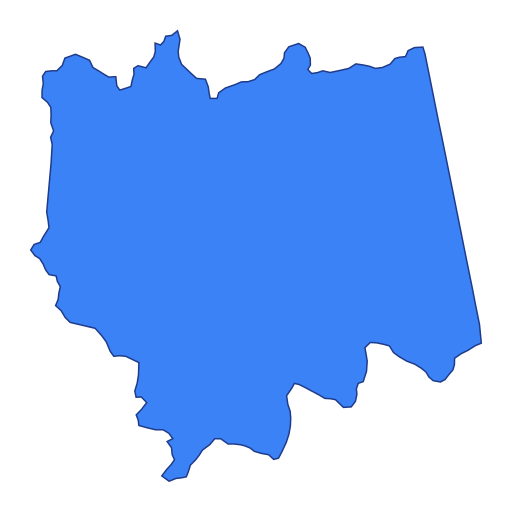 the district of Rio das Flores, Rio de Janeiro, Brazil
{"feature_id": "56859067B25860438297690", "entity_name": "Rio das Flores", "entity_type": "district", "adm_level": 2, "iso_a3": "BRA", "parent_name": "Brazil", "parent_adm1": "Rio de Janeiro", "projection": "robinson", "projection_center": [-43.554, -22.17], "detail": "fine", "context": "isolated", "style": "filled", "palette": "blue", "viewbox_px": 512, "rotation_deg": 0, "n_neighbors": 0, "source": "geoboundaries", "source_scale": "gbopen_adm2", "svg_char_len": 2725}
<svg xmlns="http://www.w3.org/2000/svg" viewBox="0 0 512 512"><path d="M165.7,36.2L163.9,41.4L160.5,45.0L155.1,43.1L155.3,51.6L153.8,56.9L150.3,61.7L146.0,67.8L138.0,65.7L133.7,68.4L134.0,74.4L132.4,79.6L130.9,86.5L124.6,88.6L119.8,90.1L116.8,85.8L115.8,76.7L108.8,77.1L103.9,74.2L98.5,70.8L92.9,67.5L89.6,60.3L81.8,56.9L75.5,54.3L64.9,58.1L62.3,65.4L56.8,70.8L51.7,70.8L45.7,71.5L42.5,76.2L43.3,83.8L42.1,90.0L42.0,97.6L47.5,102.3L50.8,107.4L51.1,114.7L50.8,122.8L53.6,130.9L50.6,137.3L52.2,144.4L51.1,162.8L46.7,212.0L48.1,220.5L49.0,227.7L44.0,235.6L40.2,242.4L34.1,244.5L30.7,250.0L34.9,255.6L39.7,258.6L43.1,264.0L45.7,270.0L49.1,274.6L56.1,275.9L57.4,281.5L60.3,286.6L58.8,293.5L58.2,299.3L55.6,305.6L61.1,310.6L65.2,317.5L70.1,322.4L95.1,328.3L101.3,335.2L106.3,341.9L110.2,351.3L113.8,356.3L119.5,355.7L125.8,356.3L132.7,359.6L138.9,362.6L138.5,374.7L137.2,383.1L134.8,391.0L136.1,397.2L141.4,397.0L146.7,402.6L141.6,409.3L136.2,414.9L138.2,420.0L138.9,425.5L146.5,427.6L155.8,429.8L163.1,429.8L168.9,433.3L172.8,438.7L167.1,441.5L171.5,447.7L172.2,454.7L174.5,459.7L171.2,464.5L166.8,469.3L161.8,475.9L169.1,481.2L176.1,478.4L181.5,477.8L186.3,476.8L188.3,471.8L190.4,465.1L195.9,459.5L199.2,455.2L202.4,450.1L209.7,444.7L214.8,438.7L220.8,438.8L228.1,444.0L234.4,444.0L240.3,444.7L245.0,445.9L250.1,448.0L254.3,451.3L261.3,453.4L268.6,454.7L273.7,459.4L278.5,458.2L282.1,451.3L286.3,442.3L288.9,434.2L290.4,426.0L290.7,418.0L290.2,411.4L287.8,404.2L286.6,395.7L291.7,388.3L294.4,383.4L299.2,384.5L304.9,387.4L312.0,391.2L319.0,394.9L324.9,398.4L330.4,398.7L335.5,399.7L343.4,407.4L351.2,406.9L355.4,401.4L356.9,394.5L356.4,388.8L358.2,383.4L363.2,381.6L366.5,371.4L367.2,361.1L366.2,354.9L364.9,347.7L370.2,342.5L376.4,342.8L383.6,344.3L389.4,345.9L393.5,352.5L399.2,356.7L406.7,361.1L414.8,364.2L421.1,368.1L426.0,372.0L428.9,377.0L433.3,380.7L440.5,382.0L445.1,379.5L448.6,374.9L452.9,369.9L454.4,364.8L454.6,358.2L461.3,353.6L468.0,350.3L475.6,345.5L481.3,343.2L479.5,324.5L475.3,303.7L472.5,289.1L470.4,278.8L465.2,253.2L451.2,183.4L442.4,139.9L437.7,117.4L432.8,92.8L425.0,54.0L422.9,47.1L414.5,47.6L408.1,50.6L405.5,56.6L399.6,57.2L394.9,58.5L390.2,64.1L382.4,67.5L375.4,68.4L369.2,66.2L363.2,65.0L355.9,63.9L348.8,68.4L341.0,70.2L330.1,72.5L322.9,70.8L317.5,72.6L311.7,73.5L307.8,69.6L310.4,65.0L310.2,58.1L308.1,53.1L305.2,47.3L298.7,43.5L293.6,45.2L288.8,46.8L284.5,52.7L284.0,58.2L281.0,63.5L274.3,69.0L266.5,71.9L259.6,74.7L254.6,79.6L248.1,81.7L241.3,81.9L235.1,84.6L225.4,88.0L218.7,92.8L217.1,98.4L210.2,98.4L209.1,93.0L208.3,87.0L205.4,79.2L196.6,78.4L191.2,73.5L181.6,64.4L178.7,56.9L178.2,51.2L180.0,39.3L177.5,30.8L171.7,35.4L165.7,36.2Z" fill="#3b82f6" stroke="#1e3a8a" stroke-width="1.5"/></svg>